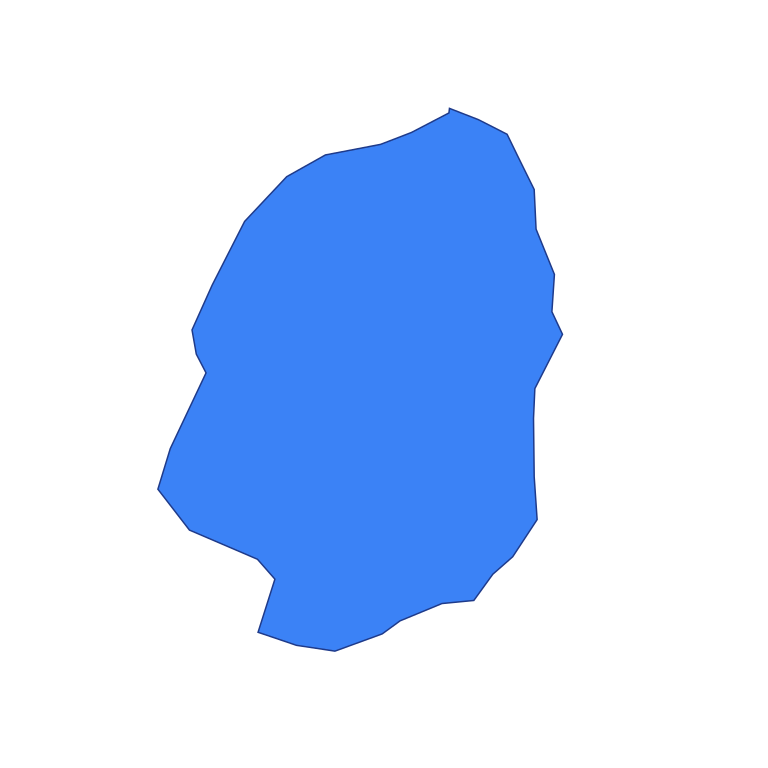 the district of Olofström, Blekinge, Sweden, rotated 27°
{"feature_id": "70781695B37822340313581", "entity_name": "Olofström", "entity_type": "district", "adm_level": 2, "iso_a3": "SWE", "parent_name": "Sweden", "parent_adm1": "Blekinge", "projection": "mercator", "projection_center": [14.59, 56.351], "detail": "fine", "context": "isolated", "style": "filled", "palette": "blue", "viewbox_px": 768, "rotation_deg": 27, "n_neighbors": 0, "source": "geoboundaries", "source_scale": "gbopen_adm2", "svg_char_len": 674}
<svg xmlns="http://www.w3.org/2000/svg" viewBox="0 0 768 768"><g transform="rotate(27 384 384)"><path d="M190.3,425.5L203.2,442.6L220.4,454.9L222.9,538.6L230.3,580.4L235.6,582.9L277.0,602.5L350.8,597.6L375.4,607.4L384.5,662.4L424.6,656.6L461.5,644.3L462.2,643.6L495.9,607.4L505.8,587.8L535.3,553.3L562.3,536.1L567.3,504.1L577.1,479.5L582.0,435.3L559.9,398.4L532.8,346.7L520.5,319.6L520.5,258.7L500.8,243.4L486.1,209.0L449.2,177.0L429.5,142.5L409.8,127.8L398.7,119.5L380.3,105.6L348.3,105.6L317.2,108.7L318.8,113.0L294.2,147.5L272.1,172.1L227.8,206.5L203.2,243.4L186.0,302.4L186.0,373.8L188.4,423.0L190.3,425.5Z" fill="#3b82f6" stroke="#1e3a8a" stroke-width="1.5"/></g></svg>